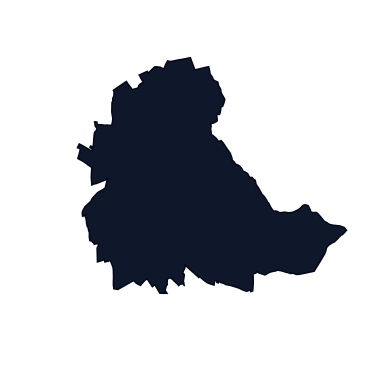 the district of Cucerdea, Mures, Romania, rotated 241°
{"feature_id": "2599482B79470279503619", "entity_name": "Cucerdea", "entity_type": "district", "adm_level": 2, "iso_a3": "ROU", "parent_name": "Romania", "parent_adm1": "Mures", "projection": "robinson", "projection_center": [24.246, 46.395], "detail": "fine", "context": "isolated", "style": "filled", "palette": "ink", "viewbox_px": 384, "rotation_deg": 241, "n_neighbors": 0, "source": "geoboundaries", "source_scale": "gbopen_adm2", "svg_char_len": 5967}
<svg xmlns="http://www.w3.org/2000/svg" viewBox="0 0 384 384"><g transform="rotate(241 192 192)"><path d="M318.5,234.2L317.1,231.9L313.1,226.8L316.4,224.9L319.1,221.1L319.6,219.9L317.2,211.5L319.2,211.3L319.9,202.5L319.1,202.7L316.0,202.4L314.3,202.6L313.4,202.4L312.9,202.7L312.7,203.0L312.3,203.1L311.7,202.7L311.4,202.1L311.7,201.2L311.5,200.6L311.6,199.4L311.1,197.5L310.7,196.9L309.4,195.4L309.2,194.7L309.2,194.3L309.7,193.0L309.7,192.4L309.9,192.1L310.0,191.4L310.2,190.6L310.2,189.5L318.1,188.3L320.5,188.2L319.1,172.5L317.9,172.5L316.9,172.1L314.3,170.5L313.8,170.1L312.5,168.3L310.3,166.9L309.3,166.1L309.2,165.5L301.7,161.1L300.5,160.5L297.3,159.3L295.7,158.8L294.7,158.4L292.7,157.0L291.0,155.7L290.2,154.9L289.9,154.4L289.3,153.8L292.0,149.7L291.8,149.4L294.3,146.0L296.8,142.0L298.0,142.2L299.4,142.7L300.6,140.8L299.0,140.3L296.6,139.3L294.7,139.6L293.9,139.7L293.2,139.3L291.8,137.5L291.7,136.2L291.3,135.6L288.4,133.4L279.5,127.6L281.4,125.5L280.3,124.3L278.1,125.8L276.7,124.0L283.9,119.8L288.7,116.7L286.7,113.9L286.2,113.3L285.3,114.3L283.9,115.1L282.0,113.7L281.2,113.0L276.6,108.4L271.5,111.7L267.7,113.6L266.4,114.0L262.1,116.2L261.7,116.0L253.7,111.0L246.7,107.8L246.6,110.0L245.9,112.0L245.5,114.6L245.2,116.9L245.1,118.6L244.7,120.1L244.6,121.6L244.6,124.5L237.4,117.8L237.4,116.6L237.3,113.9L237.3,110.3L237.1,108.8L235.5,103.7L235.1,102.6L234.1,100.4L233.4,99.9L233.0,99.4L232.2,96.4L231.2,92.0L230.7,90.7L229.3,88.7L228.3,87.1L227.9,86.6L226.3,85.6L224.0,84.6L223.5,84.8L224.0,85.7L224.0,86.4L223.7,87.7L223.4,86.9L220.1,86.4L216.4,85.0L215.5,84.5L212.7,83.7L211.2,83.9L208.2,82.8L207.7,82.8L207.4,83.1L204.7,81.7L202.3,80.3L199.1,79.1L198.6,79.4L198.2,80.1L198.2,80.5L197.9,80.6L197.3,80.7L196.8,80.6L196.5,80.6L195.5,81.2L194.7,81.2L194.4,81.4L193.7,81.2L193.1,83.0L192.8,84.2L192.3,84.6L191.4,84.4L190.9,84.7L190.6,84.2L190.2,84.0L190.2,83.7L189.9,83.3L189.8,82.9L189.4,82.2L188.8,81.7L182.6,78.5L176.7,75.4L175.2,82.6L173.0,81.9L171.6,87.4L164.5,86.4L161.9,85.4L155.8,82.2L150.2,78.9L148.4,78.0L145.2,76.7L144.2,78.2L143.3,79.1L142.7,79.9L142.9,98.0L139.8,98.9L138.1,99.7L136.6,100.7L135.2,101.8L135.8,102.8L137.3,107.2L137.7,108.7L137.8,110.7L128.4,111.4L128.8,113.5L128.8,114.6L119.1,114.8L116.6,119.0L115.5,121.0L119.1,120.8L119.8,121.5L120.6,122.2L122.0,123.6L123.0,125.4L123.3,125.7L124.0,125.8L124.3,125.9L124.5,126.3L125.2,126.5L126.2,127.3L126.7,127.5L127.3,127.5L127.6,127.6L127.7,128.0L127.7,129.0L127.8,130.2L127.7,130.9L127.0,131.6L126.1,132.2L124.8,132.7L122.8,133.2L118.0,134.8L116.6,135.0L117.1,137.0L116.0,139.7L114.4,139.8L114.1,139.9L114.2,140.1L115.3,140.1L116.1,140.7L117.7,141.0L118.7,141.6L123.1,145.1L123.5,145.2L125.9,144.9L126.2,145.1L127.1,146.2L128.7,148.6L129.7,149.3L131.1,150.4L131.2,150.5L116.7,155.6L113.9,156.5L114.4,157.6L109.0,159.6L105.4,161.3L103.8,162.5L99.9,166.1L103.6,169.1L102.3,170.5L102.0,170.4L101.8,170.6L100.8,169.9L99.8,170.9L101.0,172.1L100.8,172.3L99.2,172.9L98.4,173.7L97.4,174.8L96.2,175.8L94.7,176.6L91.2,180.8L85.4,186.3L81.5,189.1L78.8,191.6L78.4,192.6L78.4,193.2L78.5,193.6L78.5,194.5L78.3,194.9L77.8,195.2L76.6,195.0L76.3,195.1L76.2,196.1L76.2,196.9L76.1,197.2L83.1,201.7L88.8,204.7L91.1,205.6L91.0,205.9L90.5,206.5L90.3,207.1L90.3,210.5L89.4,210.9L88.7,211.3L86.8,213.1L86.2,213.8L84.3,215.4L84.1,215.7L84.0,216.4L84.2,218.7L84.2,219.7L84.0,221.2L83.6,223.3L82.6,226.3L82.3,227.6L82.3,228.4L81.9,229.2L80.0,231.7L77.9,233.8L76.4,235.1L75.0,236.8L73.5,238.2L73.0,238.6L71.9,241.1L70.6,242.2L69.9,242.8L69.1,243.6L68.1,245.7L67.1,248.7L63.5,260.4L69.1,270.4L73.7,278.2L75.5,280.3L76.6,281.2L77.0,281.7L78.0,282.6L78.3,283.1L79.1,285.4L79.3,286.4L79.5,287.4L79.3,287.9L79.3,288.4L79.6,289.8L79.5,290.7L79.3,291.7L79.4,292.7L80.4,296.5L81.2,298.5L81.3,299.6L82.0,301.2L81.8,302.1L81.8,302.9L82.7,306.1L83.3,307.4L83.6,308.6L85.1,308.2L87.0,308.0L88.5,306.8L90.5,305.1L91.3,304.0L94.7,299.1L96.8,296.8L97.9,296.0L100.4,294.8L101.2,294.1L102.8,293.4L107.9,292.5L112.2,291.5L113.5,291.0L114.0,290.6L114.4,289.7L115.2,288.1L116.4,286.6L117.2,286.5L118.3,286.6L119.7,286.9L120.6,286.7L122.9,287.0L123.7,286.9L124.9,286.0L125.4,285.4L126.3,284.1L126.4,283.4L126.4,282.2L126.2,281.3L125.6,279.8L125.3,278.6L125.0,276.0L125.2,272.2L125.4,270.6L125.6,269.8L126.1,268.4L127.0,266.4L128.5,264.5L129.4,263.4L130.1,261.8L130.4,260.6L131.6,258.5L132.1,258.1L133.6,257.3L134.0,256.9L134.3,256.4L134.7,256.1L135.1,255.5L135.6,254.0L139.5,253.5L141.8,253.5L145.2,253.7L146.5,253.2L149.2,253.3L152.4,253.1L153.7,252.8L154.5,252.5L157.0,252.0L159.7,252.2L164.2,252.1L166.2,251.8L167.6,251.9L169.1,252.1L170.5,252.7L171.7,253.0L172.2,252.4L173.4,252.0L175.6,251.6L176.4,250.0L177.8,249.4L181.0,249.6L181.6,249.4L185.4,247.0L186.1,246.8L188.3,246.9L189.0,246.8L191.3,246.3L192.5,245.7L193.4,245.2L194.0,244.6L195.2,243.8L195.6,243.7L198.2,243.4L198.9,243.2L199.6,242.8L200.2,242.4L201.7,243.2L202.9,243.5L207.1,244.2L207.9,244.2L212.5,243.6L220.3,243.0L223.0,242.3L223.1,239.7L225.2,239.5L227.6,239.1L231.7,237.5L232.0,237.2L232.6,236.9L233.0,236.9L236.0,238.1L238.2,238.9L238.7,239.3L239.4,239.7L239.5,239.9L239.7,240.3L239.9,240.5L241.0,240.6L241.4,241.2L241.9,241.4L242.4,241.8L242.5,242.0L242.6,242.4L242.4,243.0L241.9,243.9L241.9,244.9L241.7,245.5L241.7,245.8L242.2,246.5L242.1,246.9L241.8,247.3L241.7,247.7L242.2,248.7L242.7,249.0L245.9,250.3L247.0,250.6L247.2,250.8L247.3,251.6L247.6,252.7L247.5,252.9L246.6,253.1L246.5,253.5L246.8,254.1L248.3,255.6L249.7,256.7L251.7,258.0L252.3,258.9L252.4,259.1L252.4,259.4L252.1,259.8L252.1,260.1L252.2,260.5L254.3,262.9L255.4,264.0L256.7,265.2L257.4,265.7L264.2,265.5L268.4,266.9L269.3,266.9L270.6,266.8L271.8,266.8L274.3,267.4L274.9,267.7L275.4,267.8L275.8,267.7L277.1,266.7L278.2,266.0L279.8,265.1L282.2,265.4L283.6,265.4L285.4,265.1L286.6,265.1L290.7,266.6L293.3,267.1L293.6,267.3L297.4,253.7L310.3,255.7L311.9,250.4L312.6,248.5L312.9,247.2L313.9,244.9L316.2,237.2L317.2,235.7L318.5,234.2Z" fill="#0f172a" stroke="#020617" stroke-width="1.5"/></g></svg>